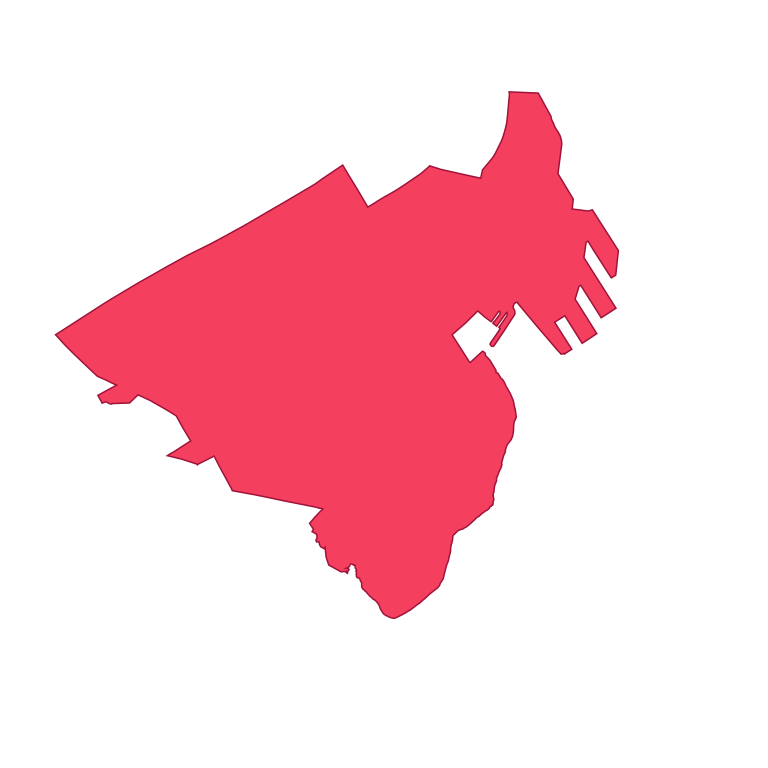 Comuna 1, Ciudad de Buenos Aires, Argentina, rotated 63°
{"feature_id": "61730980B33319795319357", "entity_name": "Comuna 1", "entity_type": "district", "adm_level": 2, "iso_a3": "ARG", "parent_name": "Argentina", "parent_adm1": "Ciudad de Buenos Aires", "projection": "robinson", "projection_center": [-58.363, -34.606], "detail": "fine", "context": "isolated", "style": "filled", "palette": "rose", "viewbox_px": 768, "rotation_deg": 63, "n_neighbors": 0, "source": "geoboundaries", "source_scale": "gbopen_adm2", "svg_char_len": 6170}
<svg xmlns="http://www.w3.org/2000/svg" viewBox="0 0 768 768"><g transform="rotate(63 384 384)"><path d="M323.3,119.3L322.8,123.2L313.5,136.9L305.2,131.4L275.6,133.5L251.3,116.9L249.6,116.1L248.2,115.6L246.9,115.2L245.5,114.9L244.1,114.6L242.7,114.4L241.3,114.4L239.8,114.4L238.4,114.5L237.0,114.7L233.5,115.0L231.7,115.0L229.9,114.8L228.1,114.6L226.4,114.7L225.0,114.6L223.6,114.4L222.7,114.2L221.3,113.7L194.8,114.5L180.5,139.9L181.4,140.2L182.5,140.6L183.3,141.0L184.3,141.6L188.8,144.5L197.8,150.1L202.3,153.0L206.7,155.9L211.1,159.5L214.6,162.7L218.2,166.2L220.8,169.1L226.1,176.2L229.2,180.3L231.4,183.9L233.5,188.6L238.0,199.1L243.8,203.8L244.6,204.3L243.3,206.0L218.6,235.9L210.8,243.8L210.3,244.3L210.6,244.6L213.3,255.7L215.4,272.3L215.7,274.2L216.9,285.7L217.4,295.3L217.4,297.6L218.1,307.4L218.4,309.4L219.0,318.1L210.3,318.6L197.9,319.4L181.3,320.7L170.2,321.4L171.7,334.0L173.1,345.4L174.6,355.4L176.0,377.9L176.7,389.0L178.0,413.4L179.2,433.8L179.4,437.6L179.6,445.2L180.1,460.8L180.4,474.7L180.4,477.8L180.1,500.2L180.4,509.4L180.8,523.2L181.8,544.4L182.3,556.5L182.5,559.3L184.4,588.0L185.2,597.1L191.0,654.3L205.4,650.3L212.7,647.9L215.8,646.9L221.8,644.8L230.7,641.7L247.0,635.9L253.2,630.8L260.3,625.5L263.6,622.7L264.0,637.2L264.2,644.1L273.1,643.8L273.4,640.9L273.5,639.9L277.2,637.3L278.2,635.8L278.1,635.4L278.5,634.1L285.4,619.3L282.0,608.1L292.6,599.8L309.9,588.5L318.1,583.6L332.3,583.1L347.0,582.1L347.1,583.8L349.1,603.2L349.0,605.1L349.5,609.6L351.1,607.7L359.2,598.3L370.1,587.4L371.3,586.9L371.0,586.5L371.1,570.8L371.1,568.1L383.0,568.1L407.4,567.4L410.2,567.6L424.3,549.1L433.3,537.8L444.2,524.3L453.0,513.1L463.8,499.4L464.7,498.8L465.5,497.6L467.5,495.2L469.0,499.8L471.5,506.6L474.4,513.6L481.5,512.8L482.9,515.1L483.0,515.0L487.4,512.2L490.9,513.5L492.1,515.5L492.3,515.6L494.1,515.8L495.1,513.5L497.9,514.4L500.3,514.3L504.0,511.8L503.2,511.5L502.8,510.6L512.0,514.2L520.3,515.4L531.9,507.5L532.4,506.3L533.0,504.5L533.9,503.6L534.7,503.3L536.1,502.5L535.1,501.8L534.3,501.9L534.0,502.0L534.3,500.6L533.7,499.5L533.0,499.3L531.9,499.8L531.6,500.5L530.9,501.5L530.9,500.9L531.3,499.8L531.1,498.3L530.5,497.2L529.6,496.2L529.3,495.8L529.3,494.9L530.4,493.9L531.2,493.5L531.9,493.1L532.2,492.2L532.6,492.1L533.8,492.7L534.4,493.1L535.1,493.2L535.5,492.9L537.3,492.9L537.7,493.8L538.3,494.0L538.9,493.8L540.8,495.1L541.6,495.3L542.6,495.8L543.5,496.0L544.2,495.8L545.1,495.2L545.7,494.3L546.6,494.0L548.6,494.4L550.9,494.2L552.9,495.1L553.9,495.7L555.0,496.0L557.0,496.0L557.9,495.4L558.6,495.3L560.0,494.8L561.6,494.1L562.3,494.1L563.3,493.8L565.2,493.3L566.7,492.9L567.8,492.4L569.2,491.8L570.4,491.6L571.3,491.0L572.2,490.4L573.2,489.9L573.9,489.8L574.9,489.5L575.6,489.1L577.0,489.1L578.3,488.9L580.0,488.9L581.6,489.2L582.7,489.3L584.0,489.3L586.5,489.0L587.8,488.9L588.7,488.7L590.9,487.6L592.4,486.3L593.9,485.3L594.8,484.5L596.4,482.7L597.4,481.2L597.6,480.3L597.7,479.1L597.7,477.8L597.8,476.5L597.7,475.1L597.8,474.7L597.8,473.5L597.7,469.1L597.7,468.1L597.4,466.3L597.3,463.2L597.0,461.4L596.1,456.5L595.6,453.9L595.5,452.8L595.4,451.7L594.3,447.7L594.1,446.5L593.8,445.4L593.5,444.0L592.5,440.9L591.6,437.3L591.2,435.1L590.0,429.2L589.6,428.0L589.2,427.1L588.7,425.9L587.9,425.1L587.2,424.5L585.7,421.7L584.8,420.2L584.0,419.3L579.2,415.3L577.6,413.8L576.1,412.5L573.2,409.8L572.6,409.3L572.1,408.4L571.6,407.8L570.8,407.1L570.0,406.3L569.0,405.6L568.0,404.7L567.1,404.0L566.5,403.7L566.3,403.3L565.8,402.7L563.4,400.8L562.7,400.3L561.2,399.5L559.9,398.7L558.0,397.3L556.5,395.7L553.1,393.1L551.9,392.4L551.1,392.0L550.5,391.2L550.0,390.4L549.5,388.3L548.8,386.7L548.5,385.2L548.1,384.0L548.4,383.2L548.5,382.3L548.5,381.2L548.8,380.3L548.9,379.9L549.0,379.2L548.8,378.3L548.7,377.5L548.7,377.0L548.8,376.3L548.4,373.7L548.0,372.0L547.8,371.4L547.6,370.1L546.5,366.5L546.0,364.5L545.4,363.0L545.0,360.9L545.0,359.5L543.9,355.5L543.7,354.1L543.5,352.7L543.2,351.4L543.2,350.2L543.1,348.5L542.6,346.6L541.7,345.8L541.5,344.7L541.7,344.0L541.1,343.3L541.0,342.9L541.2,342.2L541.1,341.8L540.0,341.1L539.1,340.7L538.0,339.8L537.4,339.0L536.6,338.5L535.7,338.2L534.4,337.8L534.0,337.7L533.4,337.7L532.2,336.9L531.2,336.5L530.3,335.1L529.3,334.7L528.4,333.9L526.4,332.8L524.4,331.0L523.7,330.5L522.8,329.2L520.9,327.4L519.4,326.7L518.7,326.1L518.3,325.7L517.6,324.7L516.8,323.9L515.2,322.1L514.7,321.7L513.8,320.5L513.2,319.6L512.6,319.0L511.9,318.0L511.4,317.4L510.6,316.7L510.0,316.1L509.1,315.4L507.8,315.0L506.8,314.3L506.2,313.6L505.6,313.0L504.8,312.4L504.0,311.7L502.5,310.3L501.2,308.8L500.2,307.4L499.6,306.8L498.6,306.1L497.5,305.4L495.3,303.3L494.1,301.7L493.0,299.6L491.8,297.0L491.4,296.0L490.5,295.1L489.3,293.5L487.1,291.7L484.1,289.6L480.2,287.5L479.0,286.8L478.3,286.2L477.4,285.7L476.8,285.2L476.4,284.7L476.0,283.9L475.3,283.3L474.7,282.8L474.5,282.1L473.9,281.5L473.0,280.8L471.2,280.4L468.7,279.4L466.1,278.6L461.4,277.5L459.0,276.7L456.4,276.2L449.3,275.8L445.4,276.1L444.1,276.0L443.2,276.1L441.7,276.3L437.9,276.0L435.2,276.1L433.4,276.4L432.3,277.1L426.1,277.6L425.8,277.7L425.2,278.4L424.5,279.0L422.9,278.0L411.0,278.8L410.1,279.0L404.5,280.7L403.6,280.2L402.3,279.9L401.7,280.0L400.6,280.6L399.5,281.3L404.0,297.5L403.0,297.9L371.2,301.0L370.9,300.3L366.8,284.0L361.5,267.3L370.1,263.8L377.1,260.3L377.1,259.9L371.4,248.9L371.4,248.5L371.6,248.1L373.5,248.1L374.8,249.9L378.7,257.7L378.4,257.9L379.3,259.4L383.7,257.4L375.9,242.3L376.0,241.9L376.5,241.9L378.7,243.0L385.0,254.4L384.9,254.6L385.7,256.0L387.4,255.3L390.5,260.7L395.7,270.4L396.5,271.3L396.8,271.5L397.3,271.5L398.0,271.4L399.5,270.7L399.9,269.8L400.0,269.3L399.9,268.7L392.1,254.5L381.5,236.2L381.2,235.9L380.9,235.4L379.7,234.9L377.8,234.2L376.4,234.3L374.8,234.2L374.3,234.1L373.2,233.3L372.1,232.3L371.6,231.5L371.2,229.6L371.4,228.5L403.3,221.2L432.2,214.2L436.8,212.9L437.9,212.6L438.1,211.6L438.4,210.2L438.5,209.8L439.2,209.8L438.3,200.9L406.4,203.9L405.3,191.9L437.7,189.0L435.7,171.5L395.2,175.2L385.4,165.8L385.4,163.9L386.6,163.8L423.6,160.4L421.8,142.9L362.2,148.5L349.5,139.6L349.4,137.4L358.6,136.7L392.1,133.4L392.7,133.2L392.2,128.1L371.5,114.6L323.3,119.3Z" fill="#f43f5e" stroke="#9f1239" stroke-width="1.5"/></g></svg>